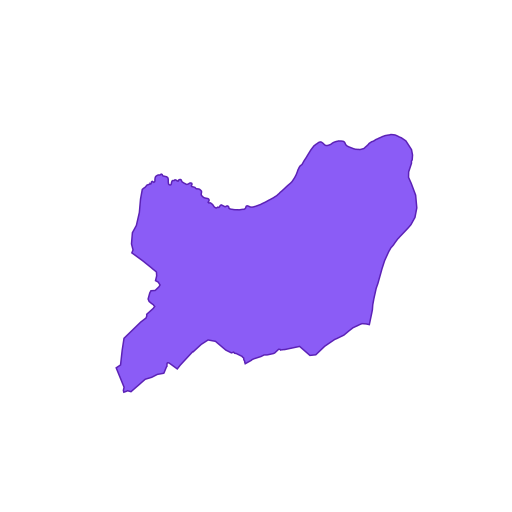 the district of Bani Sa'd, Al Mahwit, Yemen, rotated 230°
{"feature_id": "15242507B10684657615911", "entity_name": "Bani Sa'd", "entity_type": "district", "adm_level": 2, "iso_a3": "YEM", "parent_name": "Yemen", "parent_adm1": "Al Mahwit", "projection": "mercator", "projection_center": [43.545, 15.235], "detail": "fine", "context": "isolated", "style": "filled", "palette": "violet", "viewbox_px": 512, "rotation_deg": 230, "n_neighbors": 0, "source": "geoboundaries", "source_scale": "gbopen_adm2", "svg_char_len": 6087}
<svg xmlns="http://www.w3.org/2000/svg" viewBox="0 0 512 512"><g transform="rotate(230 256 256)"><path d="M253.2,443.3L255.0,442.3L256.0,441.9L256.8,441.6L257.8,441.1L258.7,440.7L259.3,440.3L259.5,440.2L260.2,439.5L261.0,438.8L261.8,438.0L262.5,437.2L262.8,436.3L263.4,435.4L263.9,434.6L264.4,433.7L264.9,432.9L265.3,432.1L265.6,431.2L266.0,430.2L266.3,429.3L266.5,428.4L266.8,427.4L267.1,426.4L267.4,425.4L267.5,424.8L267.6,424.3L268.0,423.3L268.2,422.4L268.3,421.4L268.4,420.4L268.6,419.4L269.0,418.6L269.3,417.6L269.3,416.7L269.5,415.6L269.5,414.7L269.2,413.7L269.2,412.5L269.1,411.6L269.1,410.7L269.1,409.7L269.0,408.7L269.0,407.7L269.4,406.8L269.9,405.7L270.3,404.8L270.9,403.8L271.3,403.5L271.7,403.1L272.4,402.3L273.1,401.6L273.8,400.8L274.6,400.3L275.3,399.8L275.7,399.6L276.1,399.3L277.0,398.9L277.8,398.4L278.6,398.0L279.5,397.5L280.3,397.1L281.2,396.7L281.6,396.5L282.7,396.4L283.1,396.3L283.6,396.3L284.1,396.4L285.0,396.7L285.9,396.9L286.8,396.9L287.7,396.6L288.5,395.9L289.5,395.0L290.1,394.2L291.0,393.3L291.4,392.4L291.8,391.8L292.0,391.3L292.5,390.3L292.8,389.4L293.1,388.5L293.3,387.6L293.4,386.6L293.4,385.6L293.6,384.5L294.0,383.4L294.4,382.4L294.9,381.5L295.5,380.8L296.0,380.4L296.4,380.2L296.8,380.1L297.2,380.0L298.1,379.9L299.2,379.8L300.1,379.6L301.1,379.3L301.8,378.9L302.2,378.2L302.4,377.9L302.7,377.0L302.8,376.0L302.8,375.0L303.0,374.1L303.0,373.0L303.1,372.0L303.1,371.0L302.9,370.2L302.0,366.2L300.0,360.2L299.0,357.3L298.1,354.2L296.5,350.0L296.6,348.8L296.6,347.5L296.3,346.6L296.0,345.7L295.4,344.5L295.2,343.9L295.0,343.5L294.4,342.5L293.8,341.6L293.7,341.3L293.4,340.8L292.9,339.9L292.4,339.0L292.3,338.6L292.0,338.0L291.6,337.0L291.2,336.0L290.9,335.1L290.6,334.0L290.3,333.1L290.0,332.1L289.8,331.2L289.7,330.2L289.6,329.2L289.6,328.0L289.6,327.8L289.6,327.0L289.6,326.0L289.6,325.0L289.5,324.1L289.5,323.1L289.4,322.2L289.4,321.3L289.3,320.3L289.3,319.2L289.2,318.3L289.2,317.3L289.2,316.1L289.2,315.2L289.0,314.1L289.0,313.1L289.0,312.2L288.9,311.2L289.0,309.9L289.2,308.8L289.3,307.8L289.4,306.8L289.6,305.9L289.8,304.9L290.0,303.9L290.2,302.9L290.5,301.8L290.7,300.7L290.9,299.6L291.1,298.6L291.3,297.6L291.5,296.8L291.6,296.5L291.9,295.4L292.2,294.2L292.4,293.2L292.6,292.3L293.1,291.1L293.5,289.9L293.9,288.9L294.2,287.9L294.7,286.9L295.0,286.1L295.1,285.9L295.7,284.8L296.2,284.1L296.9,283.4L297.4,283.0L297.8,282.9L298.7,282.4L299.5,282.0L300.2,281.4L300.4,280.4L299.9,279.6L299.4,278.8L299.3,277.9L299.4,276.9L300.1,276.1L300.7,275.2L301.2,274.4L301.8,273.3L302.4,272.5L303.1,271.8L303.7,271.1L304.4,270.3L305.1,269.5L305.8,268.8L306.7,268.1L307.4,267.4L308.1,266.8L308.9,266.3L309.8,266.0L310.7,266.4L311.5,266.7L312.5,266.5L313.1,265.8L313.3,264.9L313.6,264.0L314.6,263.5L315.6,263.1L316.5,262.7L317.3,262.4L317.7,261.5L317.5,260.5L317.1,259.7L317.1,258.7L318.0,258.2L318.1,257.2L318.2,256.9L318.4,256.3L319.2,255.9L320.2,255.6L321.1,255.6L322.1,255.7L322.6,255.8L323.2,255.8L324.1,255.7L325.0,255.5L325.9,255.3L326.5,254.6L327.1,253.9L328.0,253.9L328.3,255.0L328.8,255.9L329.6,256.3L330.6,256.2L331.8,255.4L332.5,254.7L333.3,254.2L334.0,253.7L334.7,253.5L335.0,253.4L336.0,253.3L336.9,253.2L337.9,253.3L338.7,253.9L339.3,254.6L339.9,255.3L340.7,255.9L341.6,255.9L342.6,255.8L343.5,255.6L344.5,254.9L345.2,254.2L345.9,253.5L346.8,253.3L347.8,253.3L348.7,252.7L349.6,252.1L350.3,251.5L351.3,251.5L351.7,252.4L352.2,253.2L353.1,253.5L353.9,253.0L354.5,252.0L354.6,250.9L354.8,250.0L355.3,249.0L356.1,248.5L357.1,248.2L357.9,247.8L359.7,247.2L359.9,247.1L360.6,247.1L361.5,247.3L362.5,247.6L363.3,247.2L363.8,246.3L363.9,245.4L363.4,244.6L364.0,243.9L365.0,243.7L365.9,243.4L366.5,242.7L366.4,241.8L367.3,240.8L367.4,239.9L366.9,239.0L366.4,238.3L365.7,237.5L365.3,236.7L365.6,235.8L366.5,235.3L367.4,235.3L368.2,235.8L369.1,236.4L369.9,237.0L370.5,237.6L371.3,238.1L372.1,238.6L372.6,238.7L373.0,238.7L374.0,238.5L374.8,238.0L375.5,237.4L376.0,237.1L376.3,236.9L376.9,236.3L377.8,236.2L378.7,236.5L379.7,236.0L379.7,235.0L380.0,234.2L380.7,233.5L381.1,232.7L381.3,231.7L381.4,230.7L381.2,229.8L380.7,229.0L380.0,228.2L379.3,227.5L378.5,226.9L378.0,225.9L378.2,225.0L378.6,224.9L379.1,224.8L379.9,224.5L379.9,223.5L379.3,222.8L378.9,221.8L379.4,221.5L379.1,221.4L380.4,218.1L379.9,215.3L380.1,213.8L380.1,213.2L380.1,211.7L373.8,204.1L364.3,194.6L356.3,184.0L353.3,176.3L345.3,168.4L339.7,165.7L338.2,162.9L325.3,166.1L314.7,168.2L312.1,168.6L308.3,169.4L307.5,169.3L304.6,167.1L301.7,163.2L298.9,164.3L295.5,163.9L294.8,162.0L294.4,156.6L296.9,153.2L296.0,150.9L292.4,145.7L289.9,144.9L287.0,145.4L284.8,146.0L282.4,145.9L281.9,143.5L281.6,134.8L280.3,133.8L280.0,133.4L279.8,132.9L279.2,132.0L279.5,125.3L277.8,102.0L270.0,93.1L259.6,82.2L260.2,77.0L240.3,70.6L238.3,68.0L236.9,67.3L236.6,67.2L235.5,70.2L235.4,71.0L232.4,73.0L232.8,91.9L230.1,98.2L228.7,104.4L225.8,109.4L225.6,109.8L225.5,110.2L228.6,116.1L228.7,116.8L230.6,118.5L231.0,119.0L231.0,119.8L230.2,120.5L229.0,120.9L220.1,123.1L221.1,127.8L223.4,146.0L223.0,146.2L223.0,146.4L223.1,148.7L223.5,157.3L222.8,162.8L222.5,165.3L216.7,170.1L203.3,172.4L197.6,174.9L196.7,177.1L195.2,177.1L194.0,178.2L189.9,180.0L187.9,180.9L187.4,180.7L185.8,181.0L184.4,180.0L182.6,179.7L182.1,179.2L180.4,178.5L179.1,185.3L179.2,186.0L178.7,188.1L175.8,195.2L175.0,198.6L173.0,201.1L170.1,206.6L169.7,208.0L170.0,213.4L169.0,214.4L168.2,214.4L168.2,214.5L166.0,217.8L165.9,217.8L158.7,231.3L145.2,233.4L141.9,238.3L142.7,250.7L141.5,262.7L140.8,264.9L138.9,272.6L138.9,277.2L138.9,279.1L138.7,284.2L136.6,292.1L136.0,293.8L133.2,296.7L130.6,298.7L137.9,308.0L140.0,310.6L143.6,314.1L146.9,318.1L147.0,318.2L147.1,318.3L154.0,327.3L156.6,331.7L162.0,339.6L165.3,344.4L169.8,351.6L174.0,360.4L175.7,365.0L175.7,365.7L176.1,368.3L176.7,370.4L176.8,370.7L177.1,371.9L177.4,373.2L178.0,375.6L178.1,377.1L178.3,378.1L179.0,384.6L179.7,390.5L180.4,394.8L183.4,402.6L189.5,410.1L200.0,417.4L211.9,421.6L218.2,423.4L222.3,427.0L227.1,434.7L228.9,436.2L229.2,437.4L232.7,440.8L235.9,442.6L237.5,443.5L247.8,444.8L250.4,444.1L253.2,443.3Z" fill="#8b5cf6" stroke="#5b21b6" stroke-width="1.5"/></g></svg>